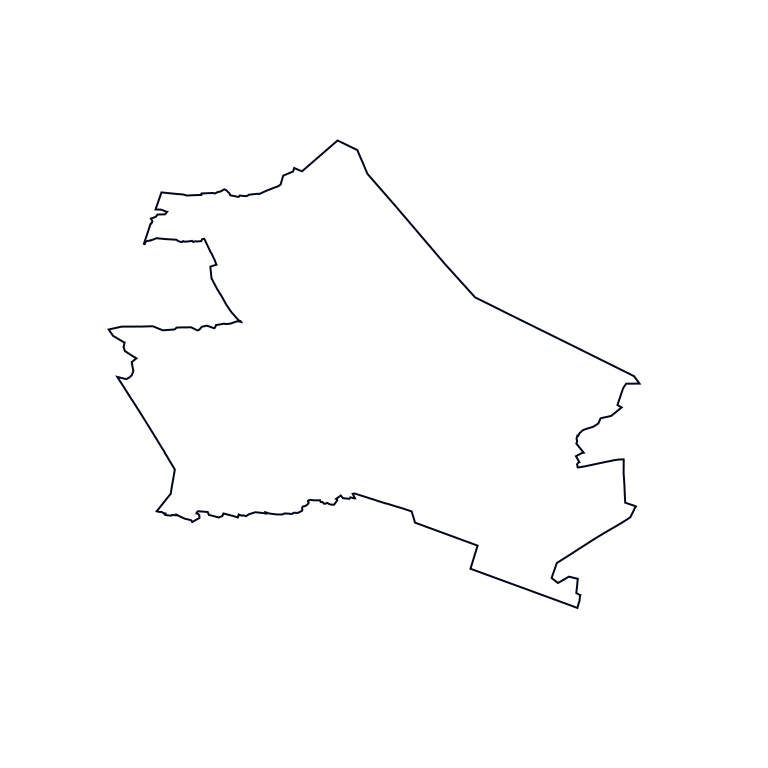 outline of Atašienes pag., Krustpils, Latvia, rotated 23°
{"feature_id": "27541924B82770097220603", "entity_name": "Atašienes pag.", "entity_type": "district", "adm_level": 2, "iso_a3": "LVA", "parent_name": "Latvia", "parent_adm1": "Krustpils", "projection": "natural_earth1", "projection_center": [26.419, 56.547], "detail": "fine", "context": "isolated", "style": "outline", "palette": "ink", "viewbox_px": 768, "rotation_deg": 23, "n_neighbors": 0, "source": "geoboundaries", "source_scale": "gbopen_adm2", "svg_char_len": 5985}
<svg xmlns="http://www.w3.org/2000/svg" viewBox="0 0 768 768"><g transform="rotate(23 384 384)"><path d="M246.1,178.0L225.4,220.3L216.9,220.3L217.3,223.9L209.8,231.6L210.9,240.9L209.1,243.6L206.0,246.4L200.8,251.5L195.6,257.1L195.3,257.6L192.9,258.5L185.8,262.5L185.6,262.7L184.6,264.3L184.4,264.4L183.1,265.1L182.7,265.3L177.6,266.9L177.2,268.4L176.8,268.7L169.1,270.3L168.5,270.2L167.4,269.0L163.4,267.4L162.5,267.2L162.0,267.2L161.0,267.2L160.5,267.7L158.6,270.4L156.3,272.1L155.8,272.4L154.1,274.6L153.3,274.8L151.9,275.0L141.6,279.9L141.6,280.2L141.6,280.5L142.1,281.1L141.9,281.4L134.3,284.9L130.7,286.7L128.7,287.6L126.6,287.8L124.7,288.1L119.5,289.9L104.3,294.6L105.5,312.6L110.4,310.7L110.8,310.6L113.0,310.5L114.9,310.5L116.0,310.5L117.1,310.3L116.9,310.9L116.5,312.4L116.1,313.4L109.3,316.5L108.6,319.3L107.5,320.3L104.8,322.8L107.3,324.7L107.3,324.8L107.2,327.2L106.5,327.5L107.0,333.3L107.1,334.6L107.6,340.6L108.2,348.8L109.0,348.8L109.1,348.5L109.1,345.7L111.4,344.1L113.1,343.1L113.0,342.9L114.4,341.9L117.6,338.7L126.2,336.0L136.6,332.3L138.3,332.8L141.4,332.7L142.7,332.2L143.3,330.9L144.5,331.0L146.1,330.3L149.1,328.7L151.4,327.2L153.0,327.8L154.4,326.4L156.8,325.6L159.9,323.9L160.0,321.8L161.7,320.6L162.8,321.4L172.6,330.1L174.7,331.6L177.6,334.3L179.1,335.5L179.3,335.7L182.2,338.7L183.2,339.6L178.3,343.8L181.2,349.2L182.7,351.9L184.0,354.3L184.6,354.6L187.3,356.9L193.2,361.7L197.8,365.0L199.8,366.3L206.8,371.8L207.2,372.1L207.3,372.2L212.1,375.4L215.5,377.5L220.1,379.7L225.4,382.2L227.5,382.2L228.2,382.7L225.8,383.1L225.2,383.3L223.8,384.1L223.1,384.7L219.2,388.3L217.6,389.2L216.1,390.2L213.3,391.0L212.6,391.3L209.2,393.6L206.3,395.4L206.4,397.5L206.4,398.2L205.8,399.1L201.0,399.3L198.2,399.5L195.6,401.3L194.1,402.3L193.3,404.4L193.1,405.2L192.6,406.4L192.0,407.1L191.5,407.4L191.0,407.6L190.1,407.5L184.6,407.2L183.4,407.5L180.0,409.1L179.0,409.5L173.1,412.1L171.6,412.9L170.9,413.2L170.5,414.6L170.4,414.8L170.0,415.4L169.7,415.7L166.1,417.6L163.1,419.1L161.7,419.9L159.6,420.9L158.9,421.0L154.8,421.1L149.8,421.1L149.0,421.2L148.6,421.3L147.9,421.5L137.2,426.4L135.4,427.1L132.7,428.3L129.2,429.8L128.9,429.9L119.9,433.8L118.0,435.2L111.8,439.6L110.3,440.7L109.3,441.4L115.7,445.5L116.0,445.6L121.0,446.2L123.4,446.6L125.1,446.8L127.0,447.1L127.9,447.3L129.0,447.1L129.8,451.7L132.6,454.9L139.1,456.1L146.1,457.1L143.2,462.4L145.9,466.6L148.2,469.9L148.4,474.7L146.8,477.8L145.0,480.2L135.7,481.7L145.6,488.4L155.1,495.0L156.1,495.7L163.0,500.3L172.7,507.0L191.7,520.4L205.1,530.0L207.7,531.7L208.0,531.8L209.0,533.0L211.6,534.7L217.2,538.9L223.9,543.7L224.2,544.0L224.4,544.3L224.9,544.5L227.1,553.9L227.6,555.9L228.6,560.6L230.6,568.4L229.4,572.4L225.2,587.5L224.5,589.8L224.4,589.9L224.4,590.0L225.3,589.8L226.1,589.8L227.9,589.3L229.3,588.6L229.5,588.6L232.1,589.3L232.4,588.8L233.5,588.6L233.9,590.0L235.4,589.6L238.6,588.7L239.7,588.1L240.4,587.5L240.3,587.3L244.4,585.9L244.1,585.4L246.8,585.6L252.3,585.8L252.8,585.8L253.4,585.8L258.7,584.9L259.2,584.8L259.6,584.8L259.8,584.8L261.4,586.0L263.7,583.0L264.6,581.8L265.2,581.0L266.3,579.8L266.5,579.6L266.5,579.3L265.7,577.9L265.3,577.2L265.1,577.0L265.1,576.8L263.0,576.1L261.9,576.4L261.9,575.3L262.3,574.2L262.7,573.6L263.4,573.5L263.5,573.5L264.0,573.3L268.4,571.8L271.2,570.9L271.7,570.7L273.9,572.9L277.3,572.4L284.1,571.4L286.8,568.7L286.8,565.9L293.1,565.0L297.2,564.4L301.6,564.0L301.6,563.6L301.2,560.9L302.9,561.1L303.6,560.7L304.7,560.7L306.3,559.7L308.6,559.7L309.3,558.5L309.9,557.7L310.3,556.9L310.9,556.4L312.5,555.0L315.7,552.3L316.4,552.1L317.0,551.9L322.9,550.1L325.9,549.4L325.0,548.4L326.6,548.2L327.9,548.2L328.9,548.0L331.0,547.5L334.3,546.5L336.2,546.0L340.1,544.4L341.7,543.6L342.6,542.4L343.6,541.7L345.5,541.2L346.2,540.8L347.4,540.4L348.4,540.3L349.4,539.8L350.4,539.2L350.9,538.3L351.5,537.6L354.4,536.6L355.3,536.2L355.9,535.3L357.2,533.8L357.8,533.3L358.1,532.7L358.1,531.9L357.9,531.4L357.4,530.9L357.1,530.3L357.0,529.7L357.1,528.6L357.4,528.3L359.2,527.0L360.4,525.3L360.7,524.5L361.1,523.3L361.1,522.9L360.8,522.5L359.8,521.6L359.7,521.1L360.1,520.6L361.2,519.6L361.8,519.3L364.5,518.6L365.9,518.0L367.1,517.6L370.5,516.0L371.8,517.4L373.7,516.7L375.4,517.6L376.9,517.1L378.1,515.6L380.4,515.9L382.3,515.7L384.7,514.9L385.0,514.8L385.2,514.7L385.3,514.4L385.4,513.8L386.4,509.2L385.5,508.2L384.9,508.3L387.8,503.5L389.6,504.5L391.0,505.1L395.4,503.7L397.0,503.2L397.2,502.2L397.3,501.5L401.2,500.9L401.3,500.9L402.0,500.6L398.1,497.3L398.9,496.8L399.7,496.3L407.0,495.6L413.3,495.0L416.1,494.8L419.2,494.4L423.8,494.1L432.0,493.3L433.8,492.9L440.1,492.3L450.3,491.2L459.2,490.5L464.8,497.1L466.6,499.4L466.7,499.5L533.3,496.2L535.8,520.3L642.1,514.9L642.7,514.9L649.5,514.6L648.9,509.6L648.7,507.2L648.1,505.2L647.4,503.2L647.4,502.8L647.2,501.6L646.7,501.8L645.6,501.6L642.7,501.3L640.3,493.3L639.8,491.9L638.5,487.6L629.5,489.1L628.8,490.0L621.9,499.2L614.1,497.1L613.9,494.6L613.6,489.5L613.2,483.9L613.0,481.3L617.0,475.5L622.9,467.0L627.5,460.1L632.4,453.0L639.0,443.3L645.4,434.5L650.0,428.4L656.3,419.9L660.1,414.5L661.6,412.3L661.6,412.2L662.8,410.4L663.3,402.7L663.3,400.1L663.7,398.3L662.9,398.2L652.4,399.0L648.8,391.6L644.7,382.9L640.3,374.2L639.1,371.8L638.9,371.3L638.1,369.4L636.2,364.7L635.5,363.1L635.0,361.8L634.7,361.0L634.0,359.7L632.2,360.6L630.0,361.6L627.8,362.9L625.8,364.1L623.9,365.4L619.9,368.2L618.0,369.4L617.1,370.1L601.1,381.3L599.2,382.5L597.4,383.7L595.1,385.1L594.5,384.8L594.3,384.2L593.1,382.5L593.6,380.3L594.4,379.6L588.9,375.5L593.1,370.2L594.7,369.2L584.3,363.7L584.3,361.5L582.5,358.9L582.2,355.8L583.1,355.8L583.2,352.8L585.1,348.9L587.0,346.9L593.1,341.8L593.7,341.0L596.7,336.7L596.8,331.2L597.0,330.7L604.0,325.8L605.6,324.6L611.9,312.7L607.1,312.1L606.7,307.2L606.0,297.6L605.8,294.1L606.8,289.1L619.0,283.8L611.1,279.1L542.6,275.0L467.6,270.7L453.9,269.8L434.1,268.7L393.1,249.7L325.7,216.0L286.6,197.0L278.5,189.1L270.9,181.9L268.1,179.1L246.1,178.0Z" fill="none" stroke="#020617" stroke-width="2"/></g></svg>